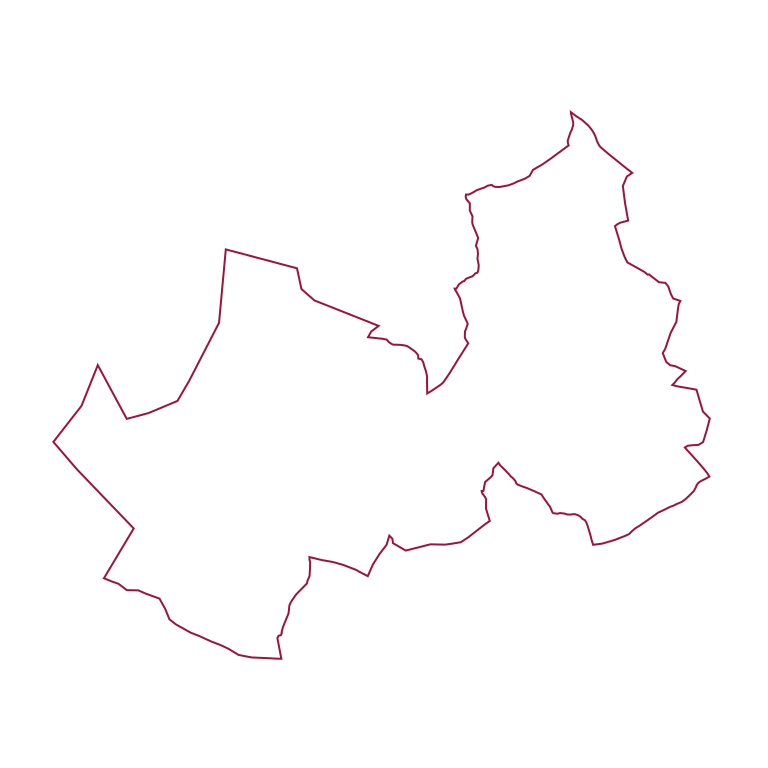 Aboh-Mbaise, Imo, Nigeria (orthographic projection), rotated 92°
{"feature_id": "59680162B96723309662383", "entity_name": "Aboh-Mbaise", "entity_type": "district", "adm_level": 2, "iso_a3": "NGA", "parent_name": "Nigeria", "parent_adm1": "Imo", "projection": "orthographic", "projection_center": [7.239, 5.423], "detail": "fine", "context": "isolated", "style": "outline", "palette": "rose", "viewbox_px": 768, "rotation_deg": 92, "n_neighbors": 0, "source": "geoboundaries", "source_scale": "gbopen_adm2", "svg_char_len": 4498}
<svg xmlns="http://www.w3.org/2000/svg" viewBox="0 0 768 768"><g transform="rotate(92 384 384)"><path d="M290.6,90.7L288.5,97.9L284.4,100.3L276.6,103.3L273.1,106.3L272.7,112.7L265.2,123.0L265.5,124.4L262.9,127.7L254.0,145.0L248.8,147.9L240.3,151.4L231.7,154.0L218.2,158.7L216.3,156.5L214.5,153.4L212.2,145.7L194.9,149.4L177.8,152.2L168.1,148.5L164.3,143.3L160.1,149.2L146.6,167.2L142.6,172.3L141.2,174.0L140.0,175.5L138.6,176.9L136.3,178.3L133.7,179.7L131.1,180.6L128.9,181.5L126.0,183.0L122.5,185.4L118.5,188.9L113.5,194.9L109.2,201.9L105.8,206.7L107.5,206.5L110.4,205.7L113.6,204.7L116.3,204.0L118.8,204.0L123.3,205.2L126.1,206.5L129.9,207.6L132.3,208.3L134.6,208.9L137.2,208.5L139.1,207.8L153.6,226.1L159.3,233.8L161.4,237.1L162.1,238.4L163.0,239.7L164.8,242.6L170.9,245.7L173.9,250.3L177.0,257.8L179.0,261.4L181.1,266.6L182.2,271.4L183.1,275.4L183.1,279.8L182.4,281.9L181.3,283.3L182.2,287.3L184.1,290.5L185.1,293.1L186.0,295.3L187.2,298.3L189.3,301.5L190.5,303.5L191.8,306.3L191.8,308.7L194.1,308.9L196.4,308.2L200.5,304.5L207.7,304.3L213.4,301.4L219.2,301.5L221.5,301.0L232.0,296.2L234.9,295.0L238.9,296.0L242.6,297.0L245.9,295.3L250.6,294.6L255.7,295.0L258.3,294.2L259.6,294.1L261.2,293.6L262.6,293.5L265.1,293.6L266.5,293.7L268.2,294.0L269.6,294.7L270.1,296.3L270.7,297.0L271.9,298.0L273.4,299.6L274.1,301.5L275.1,303.6L275.9,305.6L278.3,307.4L279.0,309.3L280.1,310.4L281.2,311.9L282.0,312.7L283.7,313.7L285.1,314.4L286.2,315.2L286.2,316.7L287.4,316.2L289.7,314.6L292.6,312.9L295.8,311.0L297.8,310.5L300.1,309.9L302.5,309.3L308.2,307.9L313.0,306.4L316.5,304.6L319.3,303.2L321.1,302.4L324.2,303.4L326.4,304.0L328.6,304.9L330.5,304.9L333.8,304.9L335.3,304.6L336.7,303.8L338.6,302.5L340.4,301.2L358.3,311.7L361.4,313.4L370.3,318.5L375.2,321.5L380.3,324.8L382.7,327.3L388.1,334.7L390.1,337.6L391.9,340.5L385.8,340.8L379.7,341.1L375.0,341.2L369.5,342.6L365.4,344.2L360.8,345.6L358.0,347.4L357.4,350.6L354.1,350.9L351.6,352.9L349.9,354.9L347.7,358.3L345.3,362.1L344.8,364.4L344.3,368.5L344.3,369.0L344.3,370.6L344.3,373.8L344.4,375.3L344.1,377.1L342.0,380.6L340.4,382.0L339.5,383.0L338.9,386.6L337.8,401.6L332.0,398.6L326.1,391.4L302.9,456.5L292.0,469.8L271.4,475.0L255.0,546.8L328.6,551.0L387.6,578.8L408.1,589.8L421.3,618.4L427.8,639.9L375.1,670.7L416.3,685.5L453.4,712.4L479.7,688.2L537.1,629.1L587.9,657.1L589.4,653.1L590.9,649.0L592.9,642.4L599.0,633.8L598.8,622.4L601.8,614.8L606.3,600.9L616.2,594.9L626.7,590.2L631.5,583.6L635.4,576.0L639.3,568.4L642.3,559.8L647.1,548.4L649.8,540.6L651.0,537.3L651.1,537.0L653.4,531.7L654.0,530.3L659.8,519.9L660.9,513.2L661.9,506.6L662.0,496.1L662.1,487.1L662.2,484.7L662.2,477.0L641.6,481.7L639.3,480.6L638.6,478.3L636.4,477.4L635.9,477.7L630.4,476.5L621.2,473.1L616.6,471.4L608.4,470.8L604.6,469.1L597.7,464.7L594.0,461.4L586.1,454.1L583.4,453.6L578.5,451.7L570.7,451.5L564.5,451.6L562.3,452.3L559.6,452.5L562.2,439.5L563.7,428.7L566.3,418.2L568.5,411.9L570.7,405.5L572.0,403.1L576.6,393.5L565.0,388.9L553.8,382.4L544.6,375.8L535.4,373.4L538.4,370.2L542.7,369.5L549.7,356.5L542.6,332.0L542.4,317.4L541.2,310.4L539.4,301.6L534.0,294.1L520.7,278.2L517.2,273.5L511.4,275.5L505.1,277.7L495.5,277.9L493.0,279.4L489.7,282.1L487.6,282.7L487.4,280.9L483.1,280.3L478.4,279.5L473.8,274.5L471.5,272.4L467.7,272.0L464.5,271.8L458.7,266.9L461.6,264.8L462.6,263.5L465.4,260.5L469.1,256.6L472.2,253.8L473.3,252.2L476.2,249.4L478.8,248.3L479.9,246.8L481.4,242.7L483.2,236.9L485.9,230.0L488.9,222.8L492.8,220.1L496.5,217.2L498.7,215.7L500.5,214.0L502.9,212.8L506.2,211.3L507.2,210.4L507.6,206.0L506.8,203.5L507.0,201.5L507.2,199.1L508.0,196.4L508.0,192.9L507.4,189.9L507.5,188.4L508.3,185.6L509.5,183.4L511.8,181.0L513.0,178.7L514.6,177.3L518.8,175.5L524.1,173.7L528.9,172.1L531.6,171.4L534.6,170.4L537.4,169.4L535.9,160.4L534.9,157.2L531.6,147.5L529.5,142.7L527.6,138.2L526.7,136.3L525.3,133.7L522.9,131.5L519.6,128.0L516.7,123.6L510.6,115.4L506.3,109.8L502.9,105.5L502.0,103.6L499.8,99.3L496.9,94.0L494.9,89.2L494.2,88.3L491.5,82.4L488.6,78.7L484.8,74.9L480.1,70.6L476.3,68.7L474.6,68.2L472.1,66.7L470.8,65.2L469.4,62.9L467.5,59.4L465.2,55.6L461.7,57.9L457.3,61.7L453.3,65.4L446.9,71.5L439.0,79.2L436.9,81.1L435.1,78.3L434.4,73.5L433.9,67.6L430.9,63.1L419.2,59.9L407.1,57.2L400.4,64.3L389.7,67.9L378.8,71.5L377.7,78.9L376.4,88.6L375.8,92.4L374.9,95.8L372.5,93.5L368.8,90.9L366.0,88.0L360.5,83.0L355.9,93.9L355.3,98.6L352.1,102.7L343.4,106.5L339.1,104.2L322.9,99.3L311.7,94.0L298.1,92.8L293.9,92.2L290.6,90.7Z" fill="none" stroke="#9f1239" stroke-width="2"/></g></svg>